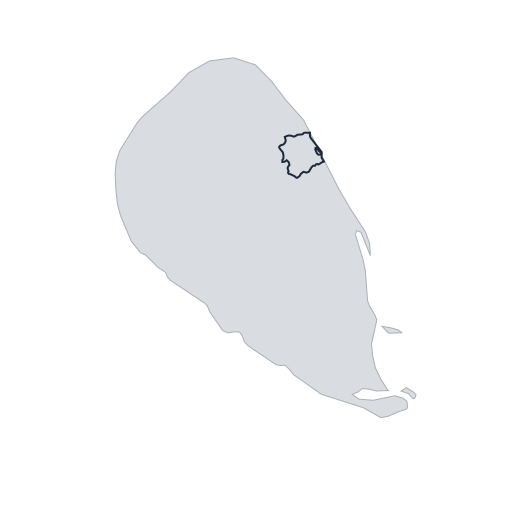 Sri Lanka, with Gampaha highlighted, rotated 158°
{"feature_id": "LKA-2471", "entity_name": "Gampaha", "entity_type": "District", "adm_level": 1, "iso_a3": "LKA", "parent_name": "Sri Lanka", "parent_adm1": "", "projection": "orthographic", "projection_center": [79.983, 7.117], "detail": "fine", "context": "in_parent", "style": "outline", "palette": "slate", "viewbox_px": 512, "rotation_deg": 158, "n_neighbors": 0, "source": "natural_earth", "source_scale": "10m", "svg_char_len": 2302}
<svg xmlns="http://www.w3.org/2000/svg" viewBox="0 0 512 512"><g transform="rotate(158 256 256)"><path d="M173.4,57.7L183.1,58.2L193.5,57.9L200.8,59.3L213.3,75.1L247.3,103.4L265.8,132.2L267.5,138.5L270.1,143.9L274.5,145.4L278.3,147.9L296.9,175.6L299.0,181.1L298.7,187.2L299.8,191.7L304.7,193.9L310.7,195.1L314.7,199.2L319.8,221.4L319.8,228.3L321.2,231.3L344.7,265.8L346.0,270.0L345.8,273.1L346.5,275.8L351.0,281.9L358.1,298.4L361.8,302.1L366.1,316.4L366.5,344.0L365.0,356.2L360.7,371.1L355.5,385.7L350.0,396.3L342.3,405.2L316.1,424.2L308.6,428.0L274.4,440.0L249.2,451.2L225.9,454.3L202.5,448.1L184.9,433.4L176.0,411.7L169.8,389.1L160.9,364.0L154.0,286.3L150.8,264.6L145.5,237.0L146.0,225.0L149.8,213.5L149.8,238.7L153.2,241.9L155.8,238.6L158.1,212.5L160.1,201.5L169.3,172.7L169.5,167.6L167.9,156.8L168.0,151.4L181.8,131.3L185.3,119.5L187.2,107.5L186.4,94.6L183.9,81.8L195.1,85.8L201.2,90.3L207.4,93.3L212.5,91.7L218.6,91.7L214.2,84.7L201.3,78.3L179.8,74.4L173.1,69.3L170.5,64.9L171.9,59.7L173.4,57.7ZM162.5,135.9L165.4,143.6L157.1,138.3L151.6,133.9L149.6,130.3L161.0,134.3L162.5,135.9ZM172.1,76.4L165.8,77.5L160.8,70.6L159.6,67.7L160.9,65.7L162.3,64.7L163.9,65.0L166.3,71.4L172.1,76.4Z" fill="#d9dde1" stroke="#a8b0b8" stroke-width="1"/><path d="M159.8,350.1L160.9,347.6L161.1,346.4L161.1,345.3L161.1,345.2L156.2,327.9L156.9,325.3L156.9,326.9L157.2,327.9L157.8,328.7L158.3,329.6L159.3,333.0L159.7,333.8L160.4,333.8L160.5,332.8L160.8,332.4L161.1,332.4L161.1,329.3L160.9,327.9L160.4,326.8L159.9,326.4L158.5,326.1L157.9,325.7L157.5,324.8L157.7,324.0L158.1,323.3L158.3,322.5L157.7,318.1L160.1,318.2L162.0,317.7L164.0,317.5L164.8,318.4L166.0,318.5L167.5,317.6L169.2,318.3L171.4,317.4L175.3,314.4L177.7,314.3L180.5,316.3L183.5,315.4L186.0,313.6L188.8,313.1L189.7,314.1L190.0,315.0L190.6,315.8L193.2,318.7L194.9,320.0L195.1,321.4L194.1,322.2L193.8,325.7L192.5,327.0L190.9,327.8L190.5,330.7L191.7,333.3L194.2,332.7L196.3,333.3L195.6,335.1L194.1,336.1L192.8,339.1L192.3,342.1L193.8,347.0L193.8,347.9L193.5,348.7L191.7,349.4L188.9,349.1L186.9,350.0L185.3,351.6L184.9,353.6L184.7,355.6L182.5,355.7L180.7,355.5L179.6,355.0L178.4,354.4L177.2,353.3L175.8,352.4L174.1,352.5L172.3,352.9L167.3,351.4L166.3,351.8L165.5,352.2L163.7,351.8L162.0,350.9L159.8,350.1Z" fill="none" stroke="#1e293b" stroke-width="2"/></g></svg>